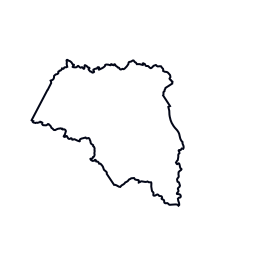 Ku-ring-gai, New South Wales, Australia, rotated 138°
{"feature_id": "25037944B69948285060259", "entity_name": "Ku-ring-gai", "entity_type": "district", "adm_level": 2, "iso_a3": "AUS", "parent_name": "Australia", "parent_adm1": "New South Wales", "projection": "robinson", "projection_center": [151.146, -33.727], "detail": "fine", "context": "isolated", "style": "outline", "palette": "ink", "viewbox_px": 256, "rotation_deg": 138, "n_neighbors": 0, "source": "geoboundaries", "source_scale": "gbopen_adm2", "svg_char_len": 5848}
<svg xmlns="http://www.w3.org/2000/svg" viewBox="0 0 256 256"><g transform="rotate(138 128 128)"><path d="M78.7,174.4L79.0,174.8L79.4,175.0L81.2,175.3L82.8,176.2L83.4,176.3L83.9,176.1L85.1,175.2L87.7,174.6L90.7,174.4L91.8,174.6L92.1,174.9L92.5,175.6L94.1,176.2L94.5,176.7L94.6,177.6L94.4,178.5L94.6,179.2L95.1,179.8L95.0,180.5L95.5,182.6L95.1,183.7L95.3,184.3L95.6,184.5L96.2,184.2L96.6,184.2L97.4,185.3L97.5,185.5L97.4,186.2L97.5,186.4L98.0,186.7L98.7,186.3L98.9,186.3L99.3,186.7L100.3,188.3L101.8,189.8L102.7,190.1L103.9,189.4L105.8,189.5L107.3,189.8L110.0,190.6L110.5,190.8L110.5,191.0L110.1,191.4L109.3,191.8L109.0,192.3L109.0,192.5L109.5,193.2L110.0,193.4L111.5,193.1L112.6,193.9L114.5,194.5L115.0,194.3L115.4,192.8L115.7,192.4L116.4,192.4L117.2,192.8L117.5,193.3L117.5,194.2L118.2,195.2L118.2,197.2L118.1,197.8L117.8,198.2L117.4,198.2L116.8,198.1L116.6,198.2L116.5,198.5L116.7,199.2L117.3,200.3L117.2,201.2L117.4,202.1L117.7,203.1L118.1,203.5L118.5,203.4L119.9,202.0L120.7,201.5L121.2,201.5L121.4,202.0L121.3,203.6L121.7,204.1L122.7,204.4L122.9,204.6L123.2,205.4L123.4,207.3L123.5,207.5L123.9,207.7L125.3,207.6L125.9,207.8L127.1,208.8L128.1,210.0L128.2,210.5L127.4,210.9L126.4,210.8L126.1,211.0L125.9,211.2L126.5,212.5L126.1,214.5L126.3,216.1L126.5,216.7L127.0,217.6L127.4,219.1L127.7,219.4L127.9,219.5L128.4,219.4L129.5,217.7L130.7,216.7L132.2,214.1L133.2,214.4L134.1,215.2L134.6,215.5L135.1,215.5L136.2,215.2L136.5,215.3L136.9,215.6L136.9,216.0L137.1,216.4L138.3,215.9L139.1,215.8L139.8,215.9L140.5,216.4L141.1,216.2L141.9,216.5L142.4,216.3L143.1,215.4L143.4,215.3L144.5,215.4L145.9,216.2L148.0,216.2L149.5,214.8L150.6,214.3L151.1,214.2L152.5,214.4L153.1,214.8L153.8,215.0L154.1,214.1L155.0,212.8L162.3,210.0L162.5,210.1L194.4,198.3L194.1,197.3L194.1,197.1L193.9,196.7L194.6,196.6L194.7,196.3L194.7,195.8L194.5,195.2L193.6,194.1L193.5,193.7L192.2,193.0L191.7,192.3L189.6,191.4L189.4,191.1L189.0,191.3L188.6,190.7L188.1,189.3L189.2,188.3L189.3,187.3L189.1,186.8L187.1,184.8L186.0,184.5L184.8,184.5L184.4,183.9L184.6,183.6L184.3,182.7L184.2,181.4L184.8,179.1L184.5,178.4L184.4,176.2L184.2,175.9L183.5,175.2L181.3,174.6L180.2,174.1L179.2,173.3L178.6,173.1L177.4,171.6L177.8,171.3L177.5,170.6L176.3,169.7L175.9,168.7L176.0,167.8L176.3,167.2L179.3,165.4L181.0,165.0L181.4,164.7L181.3,164.1L181.1,163.8L180.3,163.4L179.2,163.3L178.9,162.9L179.4,160.3L179.2,159.5L179.0,159.2L178.2,158.7L177.3,158.6L177.1,158.4L176.9,157.9L177.2,156.6L176.9,156.3L175.6,155.7L175.2,155.3L174.0,152.4L173.0,150.6L172.7,150.5L171.9,151.3L171.3,151.6L170.4,151.5L169.1,151.0L168.5,150.6L165.9,149.3L165.8,149.0L165.9,148.5L165.8,148.0L165.3,147.6L164.3,147.2L163.9,146.7L163.9,145.8L164.4,144.4L164.8,143.2L165.6,142.1L165.8,141.4L165.9,140.7L165.6,139.5L165.4,139.0L165.4,138.5L166.1,137.7L165.9,136.6L166.4,135.3L167.8,133.9L168.0,133.4L168.6,132.8L169.5,132.1L170.0,131.6L170.4,130.8L171.5,129.9L172.7,129.5L173.5,129.8L173.9,129.4L174.6,129.4L175.3,129.4L176.4,130.2L176.6,130.2L176.8,129.8L176.9,128.9L176.7,128.2L176.3,127.2L174.6,126.1L173.9,126.4L173.6,126.2L173.5,125.4L174.0,124.4L173.0,123.2L172.9,122.2L173.3,120.7L172.5,120.1L172.3,119.4L172.4,118.6L172.3,117.4L172.6,116.2L172.6,115.9L173.8,113.1L173.4,109.8L173.7,108.9L174.5,108.1L176.4,95.0L175.7,94.5L174.8,92.9L174.6,91.9L174.3,91.4L174.1,90.6L173.2,89.4L171.2,89.6L170.0,89.4L169.4,89.2L167.8,89.1L166.4,89.4L165.4,89.0L163.7,88.7L161.9,89.0L161.4,89.0L160.4,88.6L159.3,88.5L157.3,87.0L157.0,86.8L157.0,86.5L157.2,85.2L157.1,84.9L156.6,84.0L155.3,82.6L155.1,82.0L155.2,81.6L156.3,80.6L156.5,80.3L155.2,79.8L154.3,79.7L153.6,79.3L151.3,76.4L150.1,75.5L149.3,75.2L148.8,73.7L147.2,72.2L147.4,71.6L147.6,71.3L149.9,68.9L151.8,66.0L152.4,64.8L152.3,63.3L152.4,62.9L153.0,62.2L153.7,61.6L154.2,60.9L154.1,60.5L153.4,59.8L152.5,59.5L151.2,59.2L150.5,58.8L150.2,58.0L150.3,57.0L150.0,56.3L148.9,55.0L148.8,54.6L149.0,53.8L149.5,53.2L150.3,53.0L150.4,52.8L150.3,52.2L149.6,50.8L149.6,50.5L149.8,49.8L150.7,48.6L150.9,48.1L150.8,47.6L150.6,47.1L149.0,45.8L148.8,45.0L148.7,43.6L148.4,43.0L146.2,41.3L143.8,39.4L142.8,38.3L142.5,37.8L142.5,36.5L141.5,36.5L141.1,36.9L140.3,38.0L139.4,40.2L138.4,41.8L138.2,42.1L136.8,42.1L135.8,41.5L135.2,41.5L134.9,41.6L134.3,42.1L133.9,43.2L134.0,44.1L134.3,44.6L135.5,45.9L135.7,46.3L135.5,46.6L134.9,46.9L133.2,47.1L132.8,47.3L132.3,47.9L131.7,49.4L131.1,49.8L128.9,49.9L128.0,50.4L127.8,50.7L126.6,53.3L126.6,53.9L127.0,54.5L127.1,55.0L126.8,55.6L125.9,57.0L125.1,57.4L123.6,57.6L123.0,57.8L122.2,58.7L121.6,59.7L120.0,61.3L118.4,61.5L116.7,61.3L115.8,61.6L115.7,61.9L115.9,62.9L115.8,63.4L115.3,64.5L114.5,65.7L113.8,67.3L114.0,67.8L114.2,68.0L115.5,68.1L115.7,68.3L115.8,68.7L115.5,70.2L113.9,70.7L112.4,70.9L109.8,73.0L108.9,74.1L108.3,74.6L107.8,74.8L106.7,74.8L105.9,75.9L105.6,77.2L105.3,77.4L104.7,77.4L104.0,76.6L103.6,76.4L102.9,76.5L102.0,76.8L101.8,76.8L101.0,75.6L100.7,75.7L100.0,76.0L99.6,76.4L99.1,77.0L98.6,77.9L97.9,79.9L97.4,80.6L96.9,81.0L96.9,82.7L96.5,84.4L95.9,85.8L93.9,89.4L93.4,90.9L93.0,93.3L93.0,97.0L92.8,99.1L92.1,102.6L91.1,105.3L89.4,108.5L88.2,110.3L85.8,113.2L83.9,116.7L82.1,116.2L80.1,128.8L79.6,128.9L79.3,129.1L77.8,130.8L77.3,131.0L76.8,130.9L76.1,131.0L75.6,131.6L73.9,132.3L73.5,132.6L73.3,132.7L65.4,131.4L65.1,131.9L64.3,132.3L63.9,132.7L63.9,133.0L64.3,133.6L64.0,134.7L64.3,135.5L64.2,136.7L64.0,137.0L62.7,137.3L62.4,137.5L61.7,138.5L61.3,139.4L61.3,142.5L61.5,143.2L61.8,143.8L63.1,145.3L63.7,146.9L62.8,147.8L62.4,148.5L62.4,150.3L62.2,151.8L63.0,152.6L64.1,153.4L64.8,154.0L65.1,154.9L65.0,155.7L65.2,156.2L67.4,157.1L69.6,156.9L70.5,157.0L71.0,157.2L71.3,157.8L71.5,158.5L71.5,159.5L71.7,160.7L72.0,161.0L72.9,161.8L73.1,162.2L73.2,162.7L72.7,164.0L72.9,164.7L73.3,165.8L73.7,166.0L74.4,165.0L74.8,164.9L76.7,167.8L78.7,169.5L78.4,171.2L78.8,172.3L78.7,174.4Z" fill="none" stroke="#020617" stroke-width="2"/></g></svg>